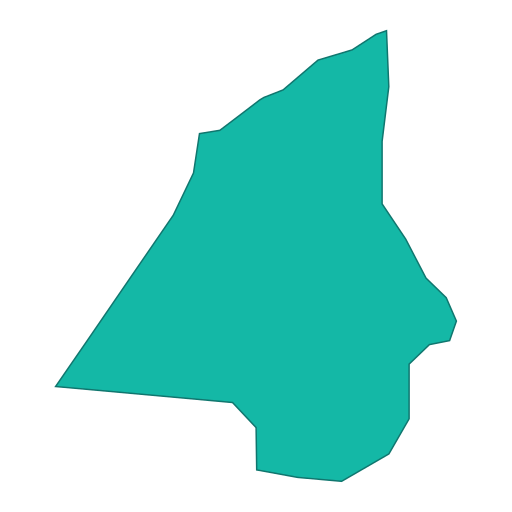 outline of Buliisa
{"feature_id": "UGA-3082", "entity_name": "Buliisa", "entity_type": "County", "adm_level": 1, "iso_a3": "UGA", "parent_name": "Uganda", "parent_adm1": "", "projection": "natural_earth1", "projection_center": [31.416, 2.001], "detail": "fine", "context": "isolated", "style": "filled", "palette": "teal", "viewbox_px": 512, "rotation_deg": 0, "n_neighbors": 0, "source": "natural_earth", "source_scale": "10m", "svg_char_len": 528}
<svg xmlns="http://www.w3.org/2000/svg" viewBox="0 0 512 512"><path d="M55.6,386.5L70.0,365.6L86.3,342.0L131.4,276.2L173.3,215.2L193.5,173.0L199.5,133.6L219.9,130.3L245.7,110.7L259.8,99.9L264.0,97.4L283.1,89.9L318.0,60.1L352.1,49.9L376.1,34.3L386.5,30.7L388.8,86.7L382.1,141.4L382.1,203.9L405.7,239.1L426.0,278.1L446.2,297.7L456.4,321.1L449.6,340.6L429.4,344.6L409.1,364.1L409.1,418.8L388.9,453.9L341.6,481.3L297.7,477.4L256.7,469.9L256.1,427.6L232.5,402.5L55.6,386.5Z" fill="#14b8a6" stroke="#0f766e" stroke-width="1.5"/></svg>